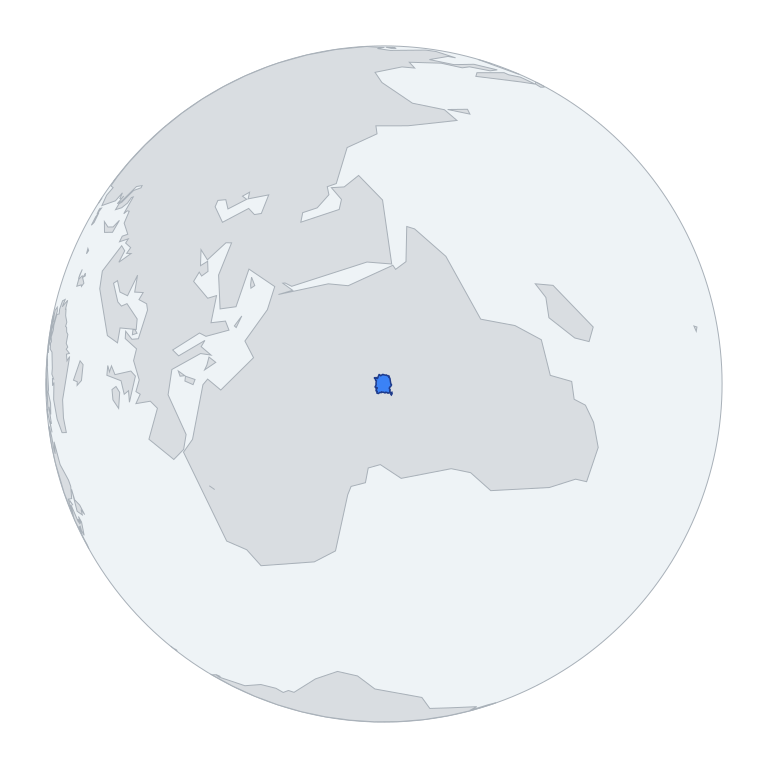 Haute-Kotto highlighted on a globe, orthographic projection, rotated 290°
{"feature_id": "CAF-866", "entity_name": "Haute-Kotto", "entity_type": "Prefecture", "adm_level": 1, "iso_a3": "CAF", "parent_name": "Central African Republic", "parent_adm1": "", "projection": "orthographic", "projection_center": [22.992, 7.358], "detail": "fine", "context": "on_globe", "style": "filled", "palette": "blue", "viewbox_px": 768, "rotation_deg": 290, "n_neighbors": 0, "source": "natural_earth", "source_scale": "10m", "svg_char_len": 10501}
<svg xmlns="http://www.w3.org/2000/svg" viewBox="0 0 768 768"><g transform="rotate(290 384 384)"><circle cx="384" cy="384" r="338" fill="#eef3f6" stroke="#a8b0b8"/><path d="M268.3,66.5L273.8,64.6L264.8,68.0L256.7,71.1L268.3,66.5ZM197.4,102.3L200.2,100.5L212.5,92.8L217.0,90.3L230.0,83.3L228.8,84.5L220.7,89.8L209.9,96.0L206.0,98.9L216.9,93.7L197.5,107.2L185.8,120.4L180.7,124.6L169.5,129.7L167.8,126.7L153.4,137.5L163.5,131.1L150.5,143.3L148.7,146.0L149.8,146.3L155.0,142.2L150.8,147.0L139.2,154.0L142.9,149.7L146.5,147.2L145.6,146.4L137.7,153.0L131.8,159.7L128.2,163.2L149.4,140.8L172.5,120.5L197.4,102.3ZM52.1,320.4L51.9,321.7L53.3,325.5L52.2,329.5L52.9,356.5L59.5,371.1L61.1,386.5L59.7,394.8L63.3,399.0L63.5,404.9L83.4,420.4L98.0,438.6L100.6,459.0L94.3,479.7L102.4,526.8L94.8,538.0L102.2,556.6L112.5,581.5L106.7,576.3L118.1,591.4L122.8,598.2L122.0,597.5L107.2,577.9L93.9,557.2L82.0,535.7L71.8,513.3L63.2,490.3L56.4,466.7L51.2,442.7L47.8,418.3L46.2,393.8L46.4,369.2L48.4,344.7L52.1,320.4ZM229.7,83.4L229.8,83.4L227.3,84.6L229.7,83.4ZM245.5,75.8L238.3,79.1L245.5,75.8ZM301.5,56.3L297.8,57.3L295.1,58.0L301.5,56.3ZM285.5,61.8L286.6,61.0L291.9,59.4L285.5,61.8ZM308.5,54.6L309.9,54.3L304.1,55.7L305.0,55.4L308.5,54.6ZM318.8,52.5L306.2,55.3L303.1,56.6L298.3,57.9L304.2,55.7L318.8,52.5ZM318.2,52.5L317.8,52.6L312.9,53.6L318.2,52.5ZM319.0,52.5L322.0,51.9L319.4,52.5L319.0,52.5ZM328.5,50.8L324.4,51.5L322.6,51.8L328.5,50.8ZM331.2,50.2L334.9,49.7L324.4,51.4L330.5,50.3L331.2,50.2ZM337.6,49.9L324.8,52.1L320.9,52.4L333.8,50.1L337.6,49.9ZM642.2,166.0L644.8,169.2L649.7,175.2L666.8,199.0L681.8,224.3L694.5,250.7L695.2,252.2L698.4,263.3L700.5,269.3L697.0,263.1L699.6,275.8L712.0,308.9L714.2,319.0L715.0,339.7L713.7,332.1L704.4,315.7L708.0,340.4L715.2,359.2L717.9,383.0L714.6,376.6L711.3,355.9L707.9,349.4L705.0,327.9L695.0,297.7L691.4,304.8L688.1,292.4L673.8,269.0L666.6,278.9L657.6,314.7L662.4,347.0L656.6,362.4L634.8,318.1L623.8,288.1L616.7,291.9L593.6,268.5L556.0,270.6L550.0,263.2L543.0,267.5L526.7,261.0L517.2,249.0L507.6,250.5L532.7,282.2L542.9,280.9L550.5,267.4L555.6,279.2L571.3,288.8L556.4,319.7L499.4,350.2L492.8,326.3L444.2,263.8L445.1,256.6L444.8,255.8L444.1,254.4L440.8,266.1L432.0,254.2L459.1,297.4L464.1,316.7L498.6,351.7L495.7,355.7L506.5,362.8L539.8,351.5L540.2,359.7L525.1,398.5L478.0,452.7L483.7,487.1L479.4,516.7L449.0,537.3L450.6,559.5L434.7,567.9L433.0,580.5L419.6,594.1L397.6,607.0L361.5,607.8L360.1,596.6L343.3,574.8L320.3,520.8L330.3,495.7L327.4,476.1L301.2,432.4L307.0,408.1L299.7,397.9L284.9,400.3L276.5,388.1L267.5,387.8L210.6,395.5L193.0,379.3L171.2,330.6L181.3,311.7L182.6,289.9L251.4,218.9L266.5,223.0L321.4,214.1L328.3,216.6L322.5,232.7L364.1,252.4L376.8,238.6L413.9,249.0L438.2,248.0L445.8,217.8L406.0,218.5L398.5,204.3L429.8,191.3L464.5,192.5L462.7,187.2L440.3,175.6L447.7,166.1L432.4,171.1L439.0,176.3L429.6,180.1L423.1,175.7L425.9,172.1L415.3,170.0L404.3,189.0L409.8,196.4L382.4,200.5L388.9,213.5L381.6,219.9L367.9,200.4L368.8,193.2L343.7,173.8L340.2,181.4L363.7,200.8L356.6,199.4L352.0,211.6L349.9,201.2L325.1,179.7L300.0,184.8L268.9,215.3L254.0,218.1L241.2,212.3L251.7,182.0L283.7,179.4L287.9,170.3L280.7,157.6L291.0,158.4L292.0,153.5L304.1,152.6L320.3,140.7L332.4,139.4L338.2,125.3L345.2,123.2L339.8,131.8L342.5,137.7L372.6,136.5L378.2,133.5L379.5,124.9L387.6,126.4L385.1,118.3L402.0,115.2L379.2,112.8L380.1,104.4L390.0,98.2L386.2,95.4L370.1,105.8L367.4,110.6L371.6,115.0L360.7,129.8L350.5,132.5L346.4,116.8L331.5,119.5L334.9,107.5L376.3,84.3L393.8,80.7L424.2,90.2L420.5,94.8L407.7,93.2L420.1,101.7L418.8,97.5L425.5,99.3L428.1,93.0L433.0,94.1L427.2,86.8L433.4,87.5L437.1,92.0L446.3,84.8L459.2,85.5L458.9,83.5L455.0,81.2L474.0,84.4L472.9,82.9L466.3,81.1L459.9,77.2L456.0,72.1L462.8,73.4L465.1,75.4L480.2,82.5L485.3,88.6L487.7,88.8L484.9,83.9L466.5,75.1L462.2,71.7L471.6,75.2L467.9,73.6L467.9,72.4L474.2,72.8L464.3,69.0L455.2,57.9L466.6,58.8L475.9,62.3L476.8,59.6L489.6,63.1L483.4,61.1L481.7,60.5L504.7,68.4L527.1,77.9L548.8,89.0L569.6,101.6L589.5,115.7L608.2,131.2L625.9,148.0L642.2,166.0ZM228.6,254.6L226.9,261.0L228.6,254.6ZM502.3,210.4L522.3,211.0L511.5,193.0L518.3,192.1L512.1,186.8L510.6,191.8L495.1,177.5L503.1,172.3L499.7,165.1L492.8,164.7L480.7,176.9L502.7,196.8L498.9,204.3L502.3,210.4ZM53.5,325.4L53.2,329.7L52.6,329.0L53.5,325.4ZM63.6,277.5L63.1,280.2L62.5,280.6L63.6,277.5ZM64.7,273.3L63.8,276.1L63.4,277.3L64.7,273.3ZM151.2,142.8L152.0,142.4L152.0,143.7L149.7,145.2L151.2,142.8ZM166.1,139.5L158.9,147.4L162.4,142.3L157.8,145.3L159.4,139.2L178.2,126.4L169.4,132.9L166.1,139.5ZM166.9,128.8L163.7,133.2L166.4,129.0L166.9,128.8ZM285.8,130.3L290.0,133.0L285.7,138.5L270.3,143.0L276.4,134.7L285.8,130.3ZM297.1,135.8L297.4,120.6L306.9,118.1L301.5,121.9L307.8,121.7L300.8,128.0L309.6,141.7L306.4,147.7L279.8,151.0L290.3,146.2L285.5,143.4L297.1,135.8ZM281.2,95.0L281.4,90.9L301.8,90.5L299.3,94.6L283.8,98.5L277.7,96.1L281.2,95.0ZM255.7,72.1L254.5,72.4L257.2,71.2L260.5,70.2L255.7,72.1ZM283.3,61.4L289.2,59.6L294.8,58.1L294.8,58.3L288.0,60.1L292.8,59.1L282.9,62.0L285.6,61.5L263.9,70.7L261.4,71.2L251.8,77.3L241.4,81.3L248.0,76.9L232.8,85.1L234.6,82.8L225.0,88.6L240.8,78.5L241.8,77.6L244.7,77.0L254.1,73.2L258.6,71.3L271.8,65.7L278.4,63.0L283.3,61.4ZM354.4,55.5L346.5,55.3L354.5,58.1L344.7,59.2L346.2,59.4L339.3,61.5L333.6,64.8L329.1,65.1L328.8,66.3L324.2,68.1L322.4,70.0L313.5,71.5L310.5,74.2L308.0,73.5L305.2,77.9L303.4,75.4L297.3,78.2L302.3,79.2L259.2,87.4L242.5,94.4L229.7,102.1L228.2,98.1L239.3,88.8L256.4,78.9L272.6,73.3L269.0,73.1L275.7,70.6L275.7,71.8L279.7,68.5L285.2,67.0L300.4,61.1L302.6,58.5L308.3,56.7L310.1,57.0L314.4,55.2L321.8,54.8L326.0,53.7L337.5,52.8L338.7,54.8L343.3,53.6L352.3,53.5L354.4,55.5ZM340.7,49.7L344.4,50.7L340.8,52.1L322.3,53.3L317.5,54.3L305.5,56.1L311.0,54.3L313.9,53.8L318.0,53.0L314.6,53.9L320.4,52.6L324.6,52.2L330.2,51.2L329.9,51.7L340.7,49.7ZM335.9,210.6L341.2,211.1L349.5,210.3L346.8,218.5L335.9,210.6ZM318.7,195.9L323.4,194.8L323.6,204.9L318.1,204.8L318.7,195.9ZM325.9,186.2L323.7,194.0L321.6,189.7L325.9,186.2ZM344.2,130.7L349.3,129.5L349.9,131.5L347.2,134.6L344.2,130.7ZM376.1,67.5L372.2,66.3L373.6,65.6L370.8,61.9L377.9,61.3L382.4,63.4L376.1,67.5ZM439.1,223.0L432.3,228.9L428.5,226.2L431.6,224.7L439.1,223.0ZM387.4,223.5L399.3,227.1L386.5,225.8L387.4,223.5ZM383.4,66.3L381.4,64.7L386.1,65.5L383.4,66.3ZM382.9,60.8L388.5,61.3L378.4,60.9L382.9,60.8ZM544.5,655.4L544.6,658.6L540.3,659.4L544.5,655.4ZM534.5,509.1L509.1,561.1L494.0,562.2L492.5,547.5L502.7,516.3L520.7,506.5L529.9,491.9L534.5,509.1ZM718.5,431.9L717.7,432.8L716.5,429.7L717.7,423.6L719.5,423.4L719.4,425.4L718.5,431.9ZM717.5,423.5L714.6,409.1L704.5,365.1L708.3,364.9L717.6,390.3L717.2,395.3L719.0,407.1L717.5,423.5ZM721.3,405.0L721.1,403.2L721.1,384.6L721.1,374.8L721.6,374.6L721.1,361.2L721.3,405.0ZM663.7,349.9L670.7,368.5L667.0,372.4L663.7,349.9ZM703.8,278.6L703.5,280.7L701.9,276.0L701.1,270.5L703.8,278.6ZM441.0,65.7L437.1,70.9L438.9,75.7L447.3,79.4L433.7,77.0L430.9,69.5L441.0,65.7ZM452.7,58.4L445.3,56.2L449.6,56.5L451.8,57.0L452.7,58.4ZM447.6,57.5L436.6,56.3L433.1,54.7L442.5,55.9L447.6,57.5ZM410.1,59.4L408.4,60.8L404.6,59.9L410.1,59.4ZM457.2,54.1L462.5,55.4L458.6,54.5L456.1,53.9L457.2,54.1Z" fill="#d9dde1" stroke="#a8b0b8" stroke-width="1"/><path d="M386.7,373.4L386.7,373.5L386.6,374.2L386.6,374.3L386.7,374.5L386.8,374.6L387.0,374.5L387.2,374.3L387.3,374.3L387.4,374.5L387.3,375.0L387.2,375.2L386.9,375.4L386.9,375.6L386.9,375.9L387.0,376.0L387.3,375.9L387.5,375.9L387.8,376.0L388.1,376.0L388.3,376.1L388.5,376.0L389.1,376.0L389.4,376.0L389.7,376.1L389.8,376.1L390.5,376.2L390.9,376.1L391.1,376.1L391.2,376.3L391.1,376.5L391.3,376.7L391.3,376.8L391.1,377.0L390.7,377.6L390.6,377.8L390.6,378.0L390.8,378.3L391.1,378.5L391.4,378.6L391.6,378.8L392.0,379.1L392.3,379.2L392.3,379.3L392.3,379.5L392.5,379.6L392.6,379.8L392.7,380.0L392.5,380.6L392.6,380.8L392.6,381.0L392.7,381.3L392.7,381.5L392.8,381.8L392.8,382.4L392.9,382.5L393.0,382.7L393.1,382.9L393.1,383.0L393.3,383.2L393.3,383.3L393.2,383.6L393.1,383.8L392.9,384.1L392.9,384.3L392.9,384.5L393.0,384.6L393.0,384.8L393.2,385.0L393.1,385.3L393.1,385.5L393.1,385.8L393.1,386.0L392.9,386.0L392.7,386.3L392.4,386.2L392.1,386.3L391.9,386.3L391.8,386.5L391.9,386.8L391.8,387.0L391.7,387.1L391.6,387.3L391.4,387.6L386.7,390.2L386.6,390.3L386.5,390.5L386.4,390.7L386.3,390.8L386.2,390.8L386.0,390.7L385.9,390.8L385.8,391.0L385.8,391.3L385.7,391.4L383.9,391.1L383.5,390.9L383.3,390.8L383.2,390.7L383.0,390.4L382.9,390.4L382.6,390.5L382.3,390.4L382.2,390.4L381.5,390.6L381.4,390.6L381.2,390.9L381.1,391.3L381.0,391.5L380.9,391.5L380.5,391.7L380.4,391.8L380.2,391.7L379.9,391.8L379.8,391.7L379.7,391.6L379.0,392.0L378.9,392.0L378.8,392.3L378.6,392.6L378.6,393.2L378.6,393.4L378.5,393.6L378.5,393.8L378.7,394.1L378.4,394.1L378.3,394.3L378.3,394.5L378.2,394.5L377.9,394.8L377.6,395.0L377.1,394.8L376.7,394.7L376.2,394.7L376.3,394.4L376.5,394.1L376.7,393.9L376.8,393.9L377.0,394.0L377.3,394.2L377.5,394.0L377.6,393.9L377.6,393.7L377.7,393.4L377.8,393.1L377.8,392.6L377.7,392.3L377.6,392.2L377.6,391.9L377.4,391.8L377.4,391.7L377.2,391.7L377.1,391.4L377.0,391.1L376.9,390.9L376.7,390.8L376.7,390.7L377.0,390.2L377.1,389.9L376.9,389.4L376.9,389.1L377.0,388.8L377.0,388.7L376.9,388.7L376.7,388.5L376.4,388.5L376.4,388.4L376.2,388.2L376.0,387.6L375.9,387.5L375.9,387.4L376.1,387.2L376.1,386.9L376.1,386.5L376.1,386.3L376.0,386.2L375.9,386.1L375.7,385.1L375.8,384.5L375.7,384.4L375.3,384.3L375.0,384.3L374.9,384.3L374.8,384.2L374.8,383.4L374.8,383.2L374.7,383.0L374.6,382.9L374.3,382.7L374.2,382.6L373.8,382.5L373.7,382.4L373.4,382.1L373.1,381.9L373.1,381.4L373.0,381.1L373.1,380.8L373.1,380.7L373.1,380.4L373.3,380.3L373.6,380.2L374.6,380.2L374.8,380.1L374.8,379.9L374.6,379.5L374.6,379.3L374.7,379.2L374.8,379.1L375.0,379.0L375.1,378.9L375.2,378.7L375.3,378.7L375.5,378.7L375.8,378.8L375.9,378.7L376.0,378.6L376.3,378.5L376.7,378.3L376.8,378.2L376.9,378.3L377.0,378.5L377.3,378.7L377.4,378.9L377.4,379.0L377.5,379.0L377.8,379.0L378.0,379.0L378.1,378.9L378.1,378.7L378.0,378.4L378.2,378.0L378.2,377.9L378.2,377.7L378.0,377.4L378.0,377.1L378.0,376.9L378.1,376.7L378.4,376.6L378.5,376.6L378.8,376.6L379.0,376.7L380.3,376.9L380.5,376.7L380.8,376.7L381.0,376.8L381.3,376.7L381.6,376.4L382.0,376.2L383.0,376.0L384.0,375.7L384.3,375.8L384.4,375.7L384.5,375.6L384.5,375.4L384.5,375.1L384.6,374.9L385.1,374.5L385.2,374.4L385.3,374.4L385.6,374.4L385.8,374.3L385.9,374.1L386.0,374.0L386.1,373.3L386.1,373.2L386.3,373.0L386.5,372.9L386.7,373.0L386.7,373.3L386.7,373.4Z" fill="#3b82f6" stroke="#1e3a8a" stroke-width="1.5"/></g></svg>